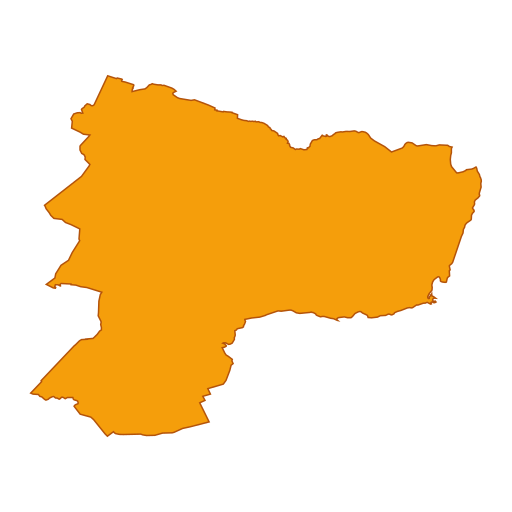 outline of Batarci, Satu Mare, Romania
{"feature_id": "2599482B29173948913219", "entity_name": "Batarci", "entity_type": "district", "adm_level": 2, "iso_a3": "ROU", "parent_name": "Romania", "parent_adm1": "Satu Mare", "projection": "robinson", "projection_center": [23.175, 48.032], "detail": "fine", "context": "isolated", "style": "filled", "palette": "amber", "viewbox_px": 512, "rotation_deg": 0, "n_neighbors": 0, "source": "geoboundaries", "source_scale": "gbopen_adm2", "svg_char_len": 5971}
<svg xmlns="http://www.w3.org/2000/svg" viewBox="0 0 512 512"><path d="M476.0,167.0L473.5,168.4L471.6,169.1L466.4,169.7L465.7,170.5L463.0,171.8L458.2,172.9L456.7,172.9L451.6,166.7L450.7,164.2L450.3,159.5L450.7,155.5L451.4,152.8L451.4,148.6L452.1,147.1L449.4,146.5L447.7,145.3L439.3,144.9L436.0,145.8L434.8,145.8L431.6,145.6L426.4,144.6L417.5,146.0L416.2,145.7L412.1,142.9L408.4,142.3L407.2,142.5L405.7,143.5L404.9,144.4L403.8,146.5L402.3,148.0L391.5,152.0L384.8,146.7L374.4,140.9L370.7,138.1L368.3,134.5L366.6,133.0L365.2,132.2L362.6,131.6L361.5,131.6L359.3,132.5L358.3,132.6L355.8,131.2L354.2,130.9L349.9,131.5L346.0,131.4L342.4,132.0L340.9,131.8L337.1,132.4L335.5,132.9L334.9,133.7L333.5,134.5L332.1,135.8L329.8,136.6L328.3,136.3L326.8,134.8L326.2,135.1L326.4,136.2L325.9,136.5L322.7,135.8L322.5,135.3L322.2,135.2L319.7,138.4L318.0,138.9L316.9,139.7L314.2,139.8L312.4,140.5L310.3,144.1L310.0,146.3L308.1,148.0L307.4,147.8L306.9,149.5L304.0,149.8L300.3,148.6L299.2,149.2L296.4,149.0L295.3,149.5L293.2,147.9L290.6,147.3L289.6,145.6L289.7,145.0L288.9,143.3L287.5,143.2L288.1,141.4L287.4,140.1L286.3,139.5L286.1,139.2L286.3,138.4L284.8,137.7L283.9,136.4L282.8,136.9L280.1,135.5L278.7,135.8L277.9,134.7L277.6,133.4L273.9,130.9L271.7,130.5L271.1,129.3L270.3,128.8L269.9,127.6L268.4,126.9L267.6,125.5L264.0,123.3L261.7,122.5L259.9,122.4L258.8,121.7L256.1,121.9L255.3,121.2L253.9,121.6L252.8,121.2L250.5,121.4L249.4,121.1L248.4,121.4L246.7,120.7L243.8,120.4L241.3,119.7L237.4,118.3L237.6,114.7L231.8,112.6L231.9,112.3L230.6,112.1L227.3,111.9L227.6,112.0L223.6,111.4L223.2,111.9L216.8,110.8L217.0,110.2L214.7,109.8L215.0,108.0L208.3,105.0L194.5,99.8L191.1,100.4L179.6,98.5L177.3,97.6L173.2,94.7L172.8,93.4L173.3,92.6L176.1,91.2L174.1,89.4L171.9,88.1L164.0,85.3L162.1,85.5L161.0,84.9L158.0,84.9L153.7,84.2L152.2,83.7L151.1,84.4L149.3,84.9L146.9,87.5L145.0,88.9L139.7,89.7L132.1,91.6L132.2,89.7L133.1,88.1L132.6,87.9L133.8,85.6L133.6,84.7L125.1,82.0L122.1,81.4L121.7,81.2L121.6,80.6L122.2,79.4L121.8,79.1L117.2,78.0L116.4,78.6L107.7,75.8L94.2,104.6L93.4,105.4L92.1,105.8L91.0,105.5L89.9,104.5L87.2,103.8L84.8,105.9L84.3,107.1L82.0,108.7L81.5,109.5L82.8,113.1L81.2,113.3L80.1,112.6L77.2,112.8L73.7,114.0L71.0,118.7L72.3,121.3L71.6,128.1L80.2,132.2L83.4,134.2L89.9,135.0L88.5,136.8L80.3,145.6L80.0,146.4L80.0,150.0L81.7,153.4L84.0,154.7L85.2,157.0L85.0,159.5L89.9,164.4L89.1,166.0L81.5,176.4L44.5,205.3L45.2,206.4L46.1,208.7L49.2,212.7L50.8,215.4L53.9,218.4L62.1,219.4L65.5,222.5L71.0,224.6L79.8,228.9L79.0,239.0L79.7,240.7L72.2,252.6L68.5,260.3L61.0,265.3L55.7,273.8L54.9,278.0L46.3,284.4L53.2,287.9L55.4,288.2L55.7,287.4L54.7,286.6L55.4,284.7L58.1,284.8L60.3,286.0L60.5,285.9L60.1,284.4L61.1,283.5L71.0,284.0L71.0,284.7L75.8,285.1L80.7,286.7L86.8,287.5L101.8,292.2L100.3,294.6L98.9,301.1L98.5,312.6L98.2,315.8L101.0,321.4L101.1,322.5L100.7,324.5L101.4,327.4L101.4,329.9L99.6,331.1L97.2,334.4L93.1,338.4L86.4,339.0L86.7,339.3L81.5,339.6L79.4,340.9L75.1,345.2L74.6,345.4L41.1,380.7L41.6,381.6L41.4,381.9L30.7,393.1L33.0,394.1L38.4,394.5L39.9,396.4L41.7,396.8L44.5,399.3L45.9,400.1L48.2,399.3L49.5,398.1L52.1,396.8L53.5,396.5L54.0,396.7L55.5,398.0L57.2,398.1L59.2,399.2L60.2,398.6L61.5,397.3L62.1,397.1L63.4,397.5L65.2,398.7L67.4,397.5L72.8,397.5L73.4,399.2L74.1,399.8L77.0,400.7L77.7,401.2L78.2,403.0L78.0,403.7L75.7,404.6L74.5,405.5L74.1,406.3L80.2,414.2L90.8,417.1L93.7,419.7L105.1,433.9L107.4,436.2L113.5,431.7L114.4,432.8L115.6,433.6L119.4,434.4L123.4,434.5L140.7,434.1L142.9,434.9L146.6,435.5L154.9,435.3L162.5,433.1L172.3,432.8L174.1,432.3L182.7,428.4L190.1,426.8L209.1,421.9L199.7,402.8L205.0,400.4L202.8,396.3L210.4,394.1L207.8,388.6L217.9,385.7L223.3,384.1L226.0,380.4L229.8,370.4L231.1,365.2L233.1,363.6L231.9,360.9L232.3,359.4L228.4,356.4L226.1,355.0L224.8,353.1L222.2,347.7L224.4,347.2L226.1,346.3L226.3,345.8L224.5,343.8L222.8,343.2L223.4,342.8L225.6,342.8L228.6,344.4L230.3,344.1L232.2,343.1L234.4,339.4L234.3,337.7L235.1,335.8L235.2,334.8L234.8,330.7L236.4,330.0L237.3,328.7L242.5,327.6L243.5,326.8L243.5,325.9L244.5,324.2L245.4,321.8L245.5,321.3L245.0,320.5L244.8,319.4L251.6,318.0L259.8,317.1L265.7,315.3L266.1,314.9L278.0,310.9L281.3,311.2L289.3,310.1L291.0,310.1L292.9,310.8L296.3,312.8L299.8,313.4L310.1,312.4L311.2,312.0L312.1,312.5L312.9,312.4L315.7,313.9L316.0,314.7L316.9,315.4L320.4,316.8L322.7,316.4L324.4,316.5L330.8,318.3L333.6,318.7L337.3,320.4L337.8,320.5L337.0,319.8L336.7,319.0L337.9,317.9L338.6,317.6L344.3,316.9L347.5,317.7L351.0,317.7L352.4,316.6L355.0,313.5L358.1,311.9L359.7,311.5L360.9,311.7L362.5,313.0L367.0,315.1L367.7,316.1L368.1,317.5L371.5,317.8L377.5,317.1L380.3,315.7L385.6,315.4L388.3,314.1L389.8,314.2L391.1,314.9L392.1,314.8L394.0,313.8L394.6,312.7L397.5,311.4L400.8,310.5L407.5,307.9L409.6,307.6L411.3,307.9L412.5,307.7L416.7,304.9L417.8,305.1L423.3,303.2L425.4,303.1L426.6,302.5L427.4,302.4L430.6,304.1L431.3,303.9L430.9,302.8L431.1,302.4L431.6,302.1L432.3,301.9L433.2,302.6L434.7,302.7L436.0,302.0L435.1,301.0L433.8,301.6L432.8,300.5L432.7,299.3L433.5,298.4L434.1,298.1L435.6,298.2L433.5,296.6L432.2,296.1L431.8,295.1L431.7,293.9L431.3,294.7L430.4,295.0L430.6,295.8L429.4,296.8L429.3,298.4L428.6,298.6L427.8,297.9L427.7,296.6L429.1,293.7L432.0,290.1L432.2,287.2L431.9,285.9L431.9,284.6L432.7,281.8L434.1,279.6L437.7,276.9L438.4,276.7L439.2,277.0L439.9,278.0L440.4,279.3L440.4,280.9L441.0,281.5L442.3,282.0L444.5,282.3L445.9,282.3L446.4,282.0L447.1,278.8L447.6,277.5L449.6,275.9L449.3,270.8L450.1,269.9L449.3,265.9L449.6,265.4L451.7,263.7L452.7,262.2L461.4,236.4L463.0,233.0L463.4,229.4L464.6,227.2L464.9,225.5L465.5,224.4L466.9,222.8L470.8,220.1L471.3,219.2L471.5,215.2L472.5,213.2L473.6,212.2L474.2,211.1L473.7,209.7L472.7,208.6L472.5,207.9L474.4,204.7L474.6,203.9L474.4,201.9L475.2,200.1L478.1,197.8L479.6,195.9L479.7,195.1L479.2,194.2L479.4,192.8L481.1,187.1L480.8,183.5L481.3,181.3L481.2,179.8L480.4,177.4L479.9,176.7L479.4,174.5L477.3,171.1L476.7,168.2L476.0,167.0Z" fill="#f59e0b" stroke="#b45309" stroke-width="1.5"/></svg>